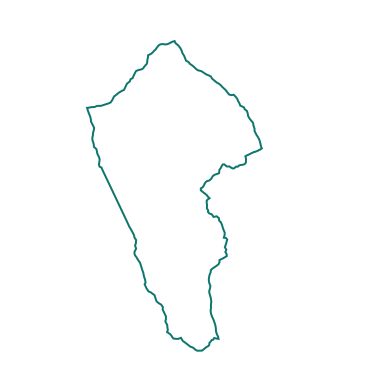 Andradina, São Paulo, Brazil, rotated 333°
{"feature_id": "56859067B92284458122912", "entity_name": "Andradina", "entity_type": "district", "adm_level": 2, "iso_a3": "BRA", "parent_name": "Brazil", "parent_adm1": "São Paulo", "projection": "equal_earth", "projection_center": [-51.316, -20.865], "detail": "fine", "context": "isolated", "style": "outline", "palette": "teal", "viewbox_px": 384, "rotation_deg": 333, "n_neighbors": 0, "source": "geoboundaries", "source_scale": "gbopen_adm2", "svg_char_len": 3662}
<svg xmlns="http://www.w3.org/2000/svg" viewBox="0 0 384 384"><g transform="rotate(333 192 192)"><path d="M274.0,184.9L274.2,182.6L275.0,179.7L275.7,176.3L275.7,172.9L275.4,170.7L275.4,168.5L275.4,166.2L276.5,163.8L276.9,160.8L277.8,158.2L277.2,155.5L276.6,152.6L276.5,149.7L277.4,146.9L277.7,144.7L276.5,142.2L276.8,140.4L275.5,138.5L274.2,136.9L274.5,134.7L274.4,132.1L274.6,129.6L274.2,127.2L273.3,124.3L271.1,123.6L269.3,122.0L268.8,119.5L268.3,116.5L267.4,114.1L266.6,111.8L266.1,109.9L265.4,108.2L263.8,105.8L262.4,102.6L261.3,99.9L261.3,97.8L259.8,95.6L258.4,94.1L257.1,92.0L255.3,88.7L252.3,86.0L251.4,84.0L250.5,81.3L249.3,78.6L248.4,77.2L247.9,74.6L246.3,72.2L246.6,69.6L246.8,67.0L246.5,64.0L247.0,60.9L246.9,58.2L246.3,55.2L244.9,52.0L245.0,49.6L242.4,49.2L239.6,49.2L237.3,49.2L234.9,48.2L233.1,46.9L231.3,46.2L229.5,46.1L227.8,46.6L224.1,48.6L222.5,48.9L220.5,49.7L218.5,50.3L215.0,50.2L213.9,52.0L212.1,54.2L210.9,56.2L209.7,57.4L208.0,58.0L206.5,58.6L204.5,59.7L202.6,59.8L199.6,59.0L197.2,58.8L195.6,59.8L192.8,61.9L190.8,63.6L188.5,63.6L186.8,65.2L183.2,66.0L180.6,68.0L177.7,70.2L176.2,70.1L174.7,70.1L173.3,70.2L171.7,70.3L167.9,71.2L166.0,71.4L162.7,73.9L160.1,75.3L157.5,75.1L149.9,73.9L148.3,73.0L146.4,72.2L143.8,72.0L140.5,70.6L138.2,70.0L136.7,69.4L136.3,71.6L135.9,74.3L135.7,76.7L135.4,79.2L134.9,81.3L134.0,83.2L134.0,87.5L133.9,90.5L132.6,92.3L130.8,94.3L129.5,96.4L128.0,98.2L126.8,100.6L126.6,102.6L126.1,105.0L125.1,107.2L126.3,110.4L125.0,115.2L125.0,118.8L124.5,121.0L122.8,123.6L121.4,125.5L121.2,127.6L122.4,129.0L122.2,132.8L121.8,148.4L120.8,183.5L120.5,192.2L120.4,194.3L120.6,197.1L120.7,200.4L120.8,203.5L120.1,206.6L120.4,209.5L118.4,212.6L117.0,213.7L116.5,217.1L113.8,219.0L112.7,220.8L112.5,222.7L112.9,224.8L113.1,228.4L113.6,231.4L113.0,234.8L112.3,238.8L111.9,242.1L111.2,244.2L110.7,246.5L110.4,248.9L109.4,251.8L107.9,252.7L107.7,256.9L108.1,260.8L109.7,262.7L111.8,267.0L111.0,271.3L110.8,273.3L111.6,275.4L113.4,278.4L113.8,281.3L112.5,283.5L112.3,290.9L111.2,293.3L109.5,295.2L109.5,299.3L108.6,301.5L107.8,304.0L106.2,305.5L107.3,307.5L108.2,309.2L108.8,314.0L110.8,315.4L113.0,316.6L115.9,316.9L116.2,320.6L117.4,322.8L118.9,326.0L120.2,328.9L122.4,331.3L123.3,333.9L124.6,335.8L126.9,336.9L129.0,337.9L134.5,336.7L136.2,336.7L137.7,336.3L139.1,334.3L140.8,333.7L142.2,332.9L143.9,333.2L145.5,332.2L148.9,334.9L149.6,332.6L149.6,329.9L150.2,326.7L151.2,324.7L152.2,321.8L152.7,319.0L153.2,315.0L153.3,311.7L153.8,308.7L154.9,305.8L156.3,303.9L157.5,301.4L159.4,298.5L160.5,295.4L161.2,292.2L161.7,289.4L162.7,287.7L164.6,285.7L165.8,283.9L166.0,281.2L166.9,278.3L167.9,276.5L170.1,273.7L172.1,272.1L173.4,270.1L175.8,269.5L181.0,268.8L182.7,268.5L184.6,267.1L185.6,265.1L189.6,265.2L193.9,264.9L194.6,263.3L194.5,260.6L196.4,259.0L196.2,256.2L199.2,253.2L200.5,251.7L201.8,250.4L201.4,248.5L199.6,247.1L201.2,245.6L202.7,243.1L203.0,239.2L203.8,234.6L204.0,232.2L203.2,229.8L204.1,227.5L203.0,224.9L199.9,224.0L199.5,220.8L197.7,219.0L197.2,217.1L198.1,215.7L197.8,213.4L199.5,210.4L200.2,208.2L201.2,206.4L202.6,205.8L204.8,205.5L204.0,203.2L203.7,201.3L202.0,197.6L200.6,194.5L201.5,192.8L203.7,192.6L205.8,191.4L207.1,190.3L208.5,189.5L210.3,189.1L212.8,189.6L215.2,188.9L217.7,187.3L220.0,186.9L223.0,187.4L224.7,187.5L226.5,184.7L228.5,183.7L229.8,182.7L231.8,181.4L233.3,182.0L234.6,185.1L236.9,186.2L238.3,188.7L239.5,189.9L240.9,189.9L242.7,189.4L244.2,190.2L245.7,189.8L247.2,189.9L249.4,190.7L251.5,191.1L253.3,190.3L255.2,187.0L255.8,184.4L257.6,184.3L260.3,184.5L262.3,184.4L265.1,184.5L266.8,184.9L269.2,185.1L271.8,185.1L274.0,184.9Z" fill="none" stroke="#0f766e" stroke-width="2"/></g></svg>